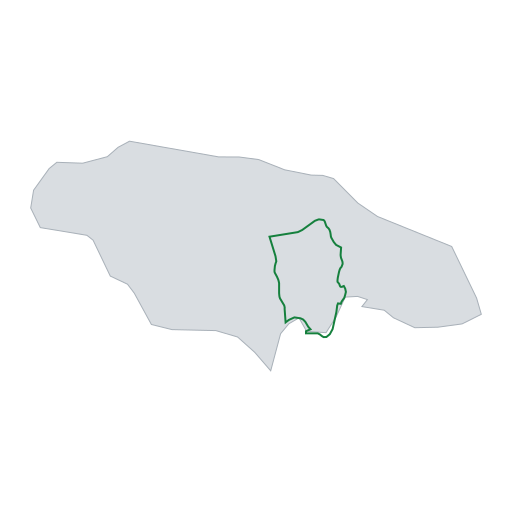 where Saint Catherine sits in Jamaica
{"feature_id": "JAM-1380", "entity_name": "Saint Catherine", "entity_type": "Parish", "adm_level": 1, "iso_a3": "JAM", "parent_name": "Jamaica", "parent_adm1": "", "projection": "equal_earth", "projection_center": [-76.985, 18.04], "detail": "fine", "context": "in_parent", "style": "outline", "palette": "green", "viewbox_px": 512, "rotation_deg": 0, "n_neighbors": 0, "source": "natural_earth", "source_scale": "10m", "svg_char_len": 1921}
<svg xmlns="http://www.w3.org/2000/svg" viewBox="0 0 512 512"><path d="M258.8,159.6L284.6,169.8L311.2,175.1L322.7,175.4L333.6,178.6L357.9,203.1L377.5,216.5L451.7,246.5L476.6,298.1L481.3,314.3L462.1,323.9L437.9,327.2L414.8,327.7L393.5,317.8L384.2,310.2L361.9,306.6L367.4,299.6L357.6,296.4L345.2,297.1L336.1,316.9L326.0,332.7L306.5,331.2L299.0,317.8L288.8,323.8L280.6,333.7L270.7,370.8L254.8,352.4L237.6,337.0L215.9,330.6L172.0,329.6L151.4,324.5L134.3,293.2L127.5,284.2L110.3,276.1L93.1,240.2L86.9,235.3L40.3,227.6L30.7,208.0L33.6,190.2L49.2,168.5L56.8,162.3L82.7,163.2L107.3,156.7L118.1,147.3L129.5,141.2L218.6,156.9L239.2,157.0L258.8,159.6Z" fill="#d9dde1" stroke="#a8b0b8" stroke-width="1"/><path d="M345.9,291.9L345.2,294.8L344.3,297.8L341.6,301.6L340.8,303.8L338.0,303.4L337.2,305.5L336.4,311.9L332.6,329.1L329.8,334.2L326.4,337.0L323.6,337.1L321.8,336.0L320.0,334.5L317.7,333.3L306.0,333.3L306.0,331.2L310.5,329.3L308.2,326.7L305.3,321.8L303.1,319.5L300.5,318.3L294.4,317.4L288.9,319.9L285.6,322.4L284.6,308.7L284.7,307.8L284.5,306.6L284.2,305.4L280.0,298.4L279.8,297.7L279.5,296.9L279.3,295.3L279.1,293.1L279.1,283.2L278.8,281.7L278.3,279.8L277.1,277.0L275.9,274.7L275.6,274.2L274.7,272.5L274.5,271.5L274.5,270.1L274.9,266.0L275.6,263.3L276.3,261.3L275.5,256.2L269.5,236.7L297.9,232.1L302.2,230.0L314.9,220.8L318.1,219.6L318.7,219.4L319.4,219.4L323.5,220.0L324.2,220.6L324.8,221.6L326.1,225.5L326.8,226.8L328.5,228.3L329.4,229.6L330.2,231.8L330.6,234.1L330.9,236.5L331.3,237.7L333.8,242.1L336.1,244.9L341.1,247.5L340.6,254.9L340.7,256.0L341.0,257.8L342.4,261.5L342.6,263.0L342.6,264.0L341.8,266.1L341.6,266.7L341.2,267.2L340.8,267.7L340.4,268.1L339.7,269.6L339.0,272.0L337.8,277.7L337.5,280.2L337.5,281.8L339.0,283.6L339.2,283.9L339.4,284.3L339.8,285.6L340.1,286.2L340.5,286.7L341.0,286.9L341.6,286.9L342.1,286.8L343.2,286.2L343.8,286.0L345.2,288.6L345.9,291.9Z" fill="none" stroke="#15803d" stroke-width="2"/></svg>